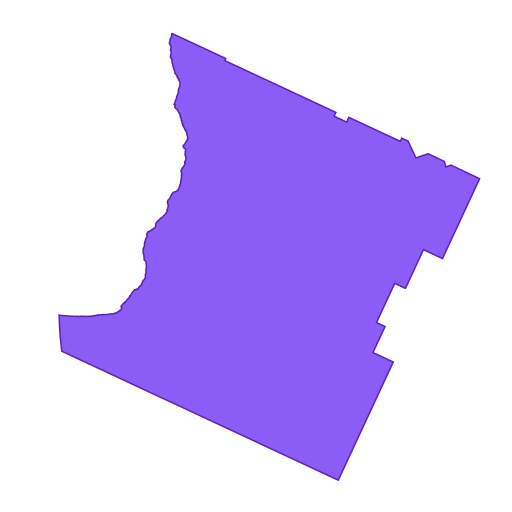 outline of 96, Ar Rayyān, Qatar, rotated 25°
{"feature_id": "91078587B9070844542382", "entity_name": "96", "entity_type": "district", "adm_level": 2, "iso_a3": "QAT", "parent_name": "Qatar", "parent_adm1": "Ar Rayyān", "projection": "robinson", "projection_center": [50.859, 24.856], "detail": "fine", "context": "isolated", "style": "filled", "palette": "violet", "viewbox_px": 512, "rotation_deg": 25, "n_neighbors": 0, "source": "geoboundaries", "source_scale": "gbopen_adm2", "svg_char_len": 5336}
<svg xmlns="http://www.w3.org/2000/svg" viewBox="0 0 512 512"><g transform="rotate(25 256 256)"><path d="M425.3,424.4L425.2,294.1L402.8,294.1L402.8,265.4L393.3,265.4L393.3,222.2L405.1,222.2L405.1,179.5L426.1,179.5L426.0,91.5L394.3,91.2L390.5,95.0L386.7,90.7L368.8,90.6L359.5,99.5L345.2,87.6L338.3,87.6L338.3,91.1L281.6,91.1L281.6,96.3L267.7,96.3L267.7,92.1L145.1,92.1L145.1,89.8L85.9,89.8L85.9,91.2L86.8,92.4L86.5,94.9L86.7,96.7L87.3,97.5L87.4,99.6L87.6,99.8L88.2,100.0L88.3,100.6L88.5,100.8L89.7,101.1L89.8,101.3L89.9,101.7L90.2,101.8L90.6,101.9L91.6,105.7L92.8,106.6L93.7,109.1L93.7,109.8L94.3,111.7L95.1,112.5L96.5,112.9L96.7,113.9L97.3,114.5L97.9,115.4L98.2,116.2L98.6,116.7L98.7,116.8L98.9,116.9L99.4,117.3L100.0,118.6L100.7,119.1L101.5,119.9L102.2,121.0L103.2,121.7L103.7,122.5L104.3,122.9L105.0,123.6L105.2,124.6L106.7,125.1L107.3,125.7L108.5,126.0L108.6,126.8L109.1,127.3L110.2,127.4L110.2,128.1L111.4,128.4L111.4,129.0L112.0,129.0L112.2,129.6L113.7,130.6L114.3,132.1L114.6,132.5L114.6,133.1L114.9,133.4L115.2,134.4L115.2,137.8L116.4,140.4L116.4,141.3L116.7,142.2L116.7,145.4L117.3,146.3L117.3,149.5L117.6,150.1L117.7,153.3L119.2,153.3L119.4,155.2L119.8,155.7L121.3,156.3L123.1,156.6L123.2,156.8L123.6,157.2L123.9,157.3L124.2,157.7L124.4,157.9L124.6,158.0L126.1,158.9L126.2,159.2L126.7,159.3L126.8,159.5L127.7,160.5L127.8,160.7L128.3,161.2L128.4,161.5L128.6,161.8L129.0,161.8L129.0,162.4L129.6,162.6L130.1,163.1L130.2,163.5L130.5,163.7L130.8,164.5L131.7,164.6L132.1,165.9L132.4,166.0L132.8,166.6L133.4,166.8L133.5,167.5L134.3,167.7L134.7,167.8L134.5,168.4L135.6,169.5L136.8,170.1L138.0,171.4L138.9,171.6L139.0,172.2L139.2,172.4L139.3,172.4L139.6,172.4L139.8,172.4L140.1,172.6L140.6,172.8L140.8,173.5L142.0,174.7L142.0,175.1L142.3,175.4L142.5,175.8L143.2,176.3L143.4,176.3L143.8,177.1L144.2,178.2L144.3,178.4L144.8,178.5L144.7,178.8L144.1,184.5L143.4,187.1L143.9,187.2L144.2,187.8L144.8,188.4L145.3,188.5L146.6,188.9L146.9,188.9L147.0,189.1L147.2,189.3L147.4,189.7L147.5,190.2L147.7,190.5L147.6,191.1L147.9,191.6L148.0,191.9L148.3,192.1L148.3,193.0L148.9,194.0L149.2,194.6L149.6,194.6L149.7,194.9L150.3,195.7L150.9,196.5L151.5,197.2L151.8,198.5L151.7,198.7L151.8,199.0L151.5,200.7L151.5,200.8L151.8,201.2L152.0,201.2L152.0,201.5L152.4,201.7L152.4,201.8L152.6,201.8L152.7,205.0L152.1,206.9L152.1,210.8L152.4,211.3L153.4,211.9L153.8,212.4L153.9,212.6L153.9,213.2L155.4,216.7L155.4,217.3L155.7,217.6L156.0,218.6L156.0,219.5L156.9,222.0L157.0,222.6L157.0,223.7L157.1,224.6L157.2,225.1L157.6,227.9L157.4,228.4L157.5,229.0L156.9,229.9L156.9,230.6L156.8,230.9L155.9,231.6L155.4,232.0L154.7,232.8L154.3,233.1L153.7,234.7L153.6,235.3L153.4,240.4L153.1,241.9L152.8,242.2L152.6,243.1L153.1,245.1L153.8,245.4L154.3,246.5L154.8,246.9L154.8,247.0L155.2,247.3L155.4,247.6L155.7,249.8L155.9,252.0L156.0,252.1L156.1,252.3L156.5,252.3L156.4,254.6L156.5,254.7L156.4,254.9L156.3,255.8L155.5,258.3L155.2,258.7L154.6,261.2L154.3,261.5L154.1,262.1L153.6,262.1L153.4,262.5L153.1,264.0L152.8,264.3L152.6,265.9L152.0,265.9L151.9,267.8L151.6,268.1L151.6,269.4L151.9,270.3L152.4,270.6L152.5,271.0L152.4,273.8L151.5,274.1L151.2,275.7L150.6,275.7L150.1,277.3L148.9,278.5L148.5,279.5L147.9,279.5L147.6,282.3L148.9,283.6L148.9,287.7L149.2,288.6L149.2,290.5L149.5,290.9L149.6,291.2L149.7,291.3L149.8,292.4L150.1,292.7L150.5,293.8L150.7,294.6L150.7,296.9L151.0,297.2L151.0,298.0L151.5,298.4L151.6,298.7L151.6,298.9L151.7,299.3L152.0,299.8L152.2,300.3L152.8,301.3L153.4,301.9L153.9,302.4L154.6,303.2L154.6,303.8L155.5,305.1L156.1,306.6L156.3,306.8L156.6,306.8L157.1,307.0L158.0,307.4L158.6,307.9L159.2,308.3L159.6,309.0L159.9,309.7L160.0,309.8L160.2,310.2L160.6,310.9L161.0,311.5L161.2,312.3L161.8,313.3L161.8,314.0L161.9,314.6L162.6,315.8L163.5,318.0L163.5,319.2L163.8,319.9L163.8,320.3L164.4,321.1L164.9,322.9L164.7,323.7L164.7,324.3L164.3,325.9L164.1,325.9L164.0,326.3L164.1,327.7L164.1,327.8L164.2,328.1L164.2,328.6L164.1,328.8L164.1,329.6L164.5,330.1L164.1,330.9L164.1,331.6L163.9,331.8L163.7,332.0L163.5,332.5L163.3,333.4L163.0,333.8L163.0,334.2L163.0,334.3L163.1,335.7L162.5,335.9L162.4,336.0L162.2,336.1L162.2,336.6L161.6,336.8L161.0,337.4L160.7,337.5L160.4,337.8L160.3,338.2L160.0,338.5L159.9,338.8L160.0,338.9L159.9,339.3L159.7,339.9L159.2,341.3L159.3,341.9L159.3,342.8L159.0,343.6L159.0,345.4L158.5,345.4L158.5,346.0L158.6,346.7L158.5,347.1L158.5,347.3L158.4,347.8L158.3,348.0L158.0,348.9L157.6,349.9L157.2,353.0L156.8,353.0L156.5,353.7L156.5,353.8L156.3,354.9L155.9,354.9L155.6,355.6L155.1,358.1L155.0,358.7L155.2,359.2L155.6,359.5L156.2,359.6L156.3,359.7L156.4,360.9L156.0,362.8L155.6,362.8L155.2,363.5L155.0,364.4L154.4,365.0L153.6,366.6L153.0,366.8L152.4,367.2L152.4,367.9L151.8,368.0L151.0,368.7L150.4,369.3L149.8,369.3L148.6,370.2L148.0,370.2L146.8,371.5L145.3,372.1L145.0,372.4L144.1,372.8L142.6,373.7L142.0,373.7L140.9,374.7L140.3,374.7L139.1,375.6L138.2,375.9L137.9,376.2L137.3,376.4L137.3,377.0L136.4,377.2L135.2,378.1L134.9,378.5L134.0,378.8L133.1,379.7L132.2,380.0L131.9,380.4L129.9,381.3L129.6,381.6L126.0,383.2L125.1,383.8L124.5,383.8L122.4,384.8L121.8,385.4L120.4,385.7L119.5,386.4L118.9,386.4L117.4,387.3L116.8,387.5L116.5,387.6L111.1,389.8L108.8,390.6L107.3,391.1L105.8,391.7L104.0,392.4L102.5,392.7L102.6,392.9L107.8,403.0L113.3,413.0L114.4,414.7L120.2,424.4L425.3,424.4Z" fill="#8b5cf6" stroke="#5b21b6" stroke-width="1.5"/></g></svg>